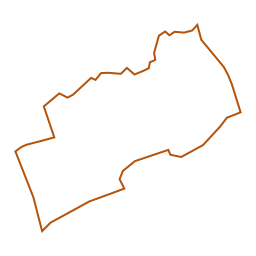 Russell, Virginia, United States of America
{"feature_id": "52423323B37698744608843", "entity_name": "Russell", "entity_type": "district", "adm_level": 2, "iso_a3": "USA", "parent_name": "United States of America", "parent_adm1": "Virginia", "projection": "equal_earth", "projection_center": [-82.083, 36.926], "detail": "fine", "context": "isolated", "style": "outline", "palette": "amber", "viewbox_px": 256, "rotation_deg": 0, "n_neighbors": 0, "source": "geoboundaries", "source_scale": "gbopen_adm2", "svg_char_len": 650}
<svg xmlns="http://www.w3.org/2000/svg" viewBox="0 0 256 256"><path d="M43.8,106.4L54.3,137.4L26.3,144.8L21.4,147.0L15.4,151.4L33.4,197.3L42.1,231.1L50.6,222.6L89.2,201.5L124.3,188.6L119.6,179.2L122.9,170.9L135.0,161.1L168.3,149.9L170.3,154.7L181.2,157.0L203.0,145.1L220.3,126.4L226.9,117.7L240.6,112.3L231.7,83.8L227.9,74.6L223.8,67.0L201.3,39.8L197.3,24.9L192.2,30.5L184.1,32.6L174.6,31.8L169.4,35.3L165.2,31.5L158.9,35.7L154.1,52.9L155.3,59.9L149.9,62.3L148.8,68.2L143.7,70.7L134.5,74.5L126.9,67.9L120.9,73.8L108.0,72.8L101.1,73.1L95.5,79.9L91.1,77.9L73.0,94.7L67.5,97.6L59.3,93.4L43.8,106.4Z" fill="none" stroke="#b45309" stroke-width="2"/></svg>